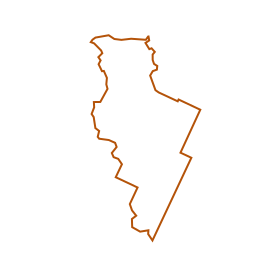 Deer Lodge, Montana, United States of America (Mercator projection), rotated 115°
{"feature_id": "52423323B11224737758851", "entity_name": "Deer Lodge", "entity_type": "district", "adm_level": 2, "iso_a3": "USA", "parent_name": "United States of America", "parent_adm1": "Montana", "projection": "mercator", "projection_center": [-113.129, 46.012], "detail": "fine", "context": "isolated", "style": "outline", "palette": "amber", "viewbox_px": 256, "rotation_deg": 115, "n_neighbors": 0, "source": "geoboundaries", "source_scale": "gbopen_adm2", "svg_char_len": 954}
<svg xmlns="http://www.w3.org/2000/svg" viewBox="0 0 256 256"><g transform="rotate(115 128 128)"><path d="M118.9,169.9L123.6,167.4L130.7,166.9L132.6,163.7L141.9,157.5L142.9,152.9L148.8,151.7L149.9,149.6L147.0,140.3L146.9,133.4L150.0,130.3L157.5,132.1L160.5,128.7L160.1,123.8L163.4,118.2L177.8,118.3L177.8,113.0L177.8,112.9L177.9,94.2L196.2,94.2L201.0,89.5L204.0,83.5L208.8,86.0L216.1,82.3L216.8,73.2L212.1,66.3L215.6,64.9L219.6,58.3L128.2,58.0L128.2,70.0L80.9,70.2L80.8,94.2L82.8,94.2L82.8,115.2L82.1,119.1L71.1,130.1L66.0,129.6L62.9,126.5L59.4,127.7L58.9,131.5L55.9,134.4L51.0,136.7L47.7,135.9L45.8,140.3L47.5,142.0L43.5,148.1L39.7,145.8L36.4,148.1L36.6,148.4L40.5,149.1L45.8,162.9L50.9,171.2L53.1,178.0L52.1,184.7L59.8,195.7L63.0,197.5L65.9,198.0L65.6,194.5L69.1,185.1L71.1,182.9L76.3,184.8L78.3,181.4L82.6,181.6L87.5,175.6L86.5,174.0L91.5,168.3L97.6,166.1L101.2,163.1L116.1,164.1L118.9,169.9Z" fill="none" stroke="#b45309" stroke-width="2"/></g></svg>